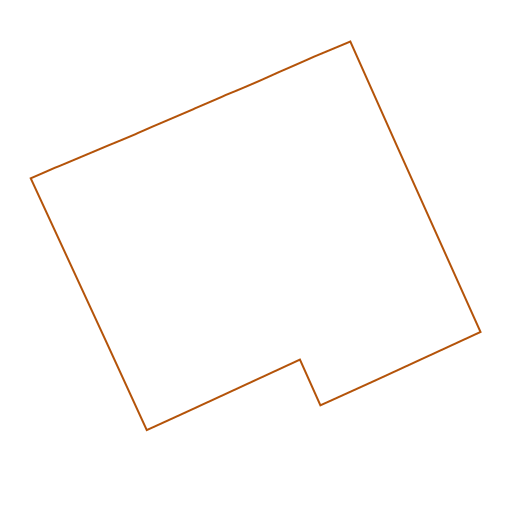 Winnebago, Illinois, United States of America, rotated 336°
{"feature_id": "52423323B41764216695730", "entity_name": "Winnebago", "entity_type": "district", "adm_level": 2, "iso_a3": "USA", "parent_name": "United States of America", "parent_adm1": "Illinois", "projection": "robinson", "projection_center": [-89.16, 42.325], "detail": "fine", "context": "isolated", "style": "outline", "palette": "amber", "viewbox_px": 512, "rotation_deg": 336, "n_neighbors": 0, "source": "geoboundaries", "source_scale": "gbopen_adm2", "svg_char_len": 523}
<svg xmlns="http://www.w3.org/2000/svg" viewBox="0 0 512 512"><g transform="rotate(336 256 256)"><path d="M81.8,93.4L84.3,272.9L85.4,370.6L130.0,370.2L254.0,368.5L254.1,418.6L315.3,418.2L430.2,416.7L429.6,238.3L429.5,214.3L429.4,98.4L427.2,98.4L390.1,97.5L375.7,97.5L374.2,97.5L352.1,97.3L330.8,97.4L309.8,97.1L296.3,96.7L293.7,96.6L290.1,96.7L260.1,96.3L258.7,96.4L213.8,95.7L212.3,95.7L198.2,95.6L195.4,95.7L186.4,95.5L165.1,94.9L111.8,93.8L108.6,93.6L81.8,93.4Z" fill="none" stroke="#b45309" stroke-width="2"/></g></svg>